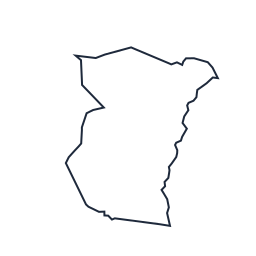 the district of Vicência, Pernambuco, Brazil, rotated 112°
{"feature_id": "56859067B62472660799714", "entity_name": "Vicência", "entity_type": "district", "adm_level": 2, "iso_a3": "BRA", "parent_name": "Brazil", "parent_adm1": "Pernambuco", "projection": "natural_earth1", "projection_center": [-35.361, -7.666], "detail": "fine", "context": "isolated", "style": "outline", "palette": "slate", "viewbox_px": 256, "rotation_deg": 112, "n_neighbors": 0, "source": "geoboundaries", "source_scale": "gbopen_adm2", "svg_char_len": 977}
<svg xmlns="http://www.w3.org/2000/svg" viewBox="0 0 256 256"><g transform="rotate(112 128 128)"><path d="M203.0,52.4L192.2,59.9L186.3,60.4L179.3,65.0L175.0,70.7L172.8,73.7L168.1,71.8L164.3,73.9L159.2,71.9L154.8,72.9L151.6,73.7L148.8,75.5L144.6,74.2L136.8,72.4L132.9,73.0L130.1,74.0L126.1,78.0L123.6,77.8L119.9,74.2L115.9,74.5L106.6,73.2L102.9,79.3L96.2,80.2L88.9,78.7L84.9,81.6L82.0,81.3L78.2,77.5L73.8,76.1L69.9,77.2L66.7,78.0L57.1,71.9L49.4,68.3L48.1,63.4L40.3,72.3L37.1,78.7L38.6,92.9L41.7,100.3L45.7,101.6L49.2,101.4L48.8,107.2L52.8,111.7L52.7,114.6L52.2,150.8L52.1,155.3L68.6,177.0L72.3,181.0L75.2,184.1L80.5,203.6L82.7,197.0L105.3,186.7L107.8,181.1L111.4,173.0L118.1,158.1L124.4,167.1L129.8,171.9L144.7,171.0L147.1,170.0L159.9,165.6L163.4,166.8L168.8,168.9L177.3,172.0L183.8,172.5L214.6,138.3L215.8,135.2L216.2,129.2L216.6,123.5L214.4,118.6L217.9,117.1L216.7,113.5L218.9,108.6L216.7,106.4L205.3,62.4L203.0,52.4Z" fill="none" stroke="#1e293b" stroke-width="2"/></g></svg>